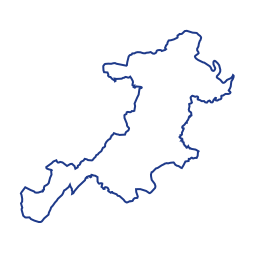 the district of Pho Yen, Thái Nguyên, Vietnam, rotated 276°
{"feature_id": "81297802B3855346019179", "entity_name": "Pho Yen", "entity_type": "district", "adm_level": 2, "iso_a3": "VNM", "parent_name": "Vietnam", "parent_adm1": "Thái Nguyên", "projection": "mercator", "projection_center": [105.815, 21.451], "detail": "fine", "context": "isolated", "style": "outline", "palette": "blue", "viewbox_px": 256, "rotation_deg": 276, "n_neighbors": 0, "source": "geoboundaries", "source_scale": "gbopen_adm2", "svg_char_len": 5863}
<svg xmlns="http://www.w3.org/2000/svg" viewBox="0 0 256 256"><g transform="rotate(276 128 128)"><path d="M66.6,157.8L71.2,161.2L72.5,161.4L73.5,161.2L75.4,160.3L78.9,157.0L82.3,156.0L84.1,155.7L86.5,156.1L86.9,157.0L90.7,160.0L91.4,161.7L94.4,165.4L95.6,167.4L96.3,168.1L97.1,170.2L97.0,171.5L97.9,174.0L98.5,177.0L98.2,177.4L96.4,178.9L95.6,180.6L95.5,181.9L95.0,183.2L94.1,184.6L93.8,185.7L96.5,187.0L100.7,188.6L101.5,191.7L103.6,191.7L103.6,192.7L105.1,194.2L105.1,194.8L104.5,195.9L105.3,197.9L105.4,199.4L107.6,200.2L111.1,200.1L112.2,200.6L113.6,197.5L113.9,192.9L114.4,192.3L114.1,191.5L114.9,190.9L115.3,190.2L116.2,189.8L114.9,188.9L114.5,188.5L114.6,188.2L116.0,187.2L116.5,186.1L117.5,185.7L118.1,185.0L119.5,184.9L120.1,183.5L121.1,183.5L121.3,182.9L121.2,182.4L122.6,183.2L123.2,182.5L123.1,182.0L123.4,181.3L124.4,180.2L125.1,180.8L126.3,180.9L126.2,181.5L127.1,182.3L129.0,182.1L131.1,182.9L132.2,183.1L132.9,183.5L133.5,183.4L133.7,182.2L134.4,181.8L135.3,182.0L137.3,183.9L139.1,184.9L139.4,186.0L140.5,185.7L142.3,186.8L144.1,187.4L144.9,187.4L145.4,188.1L145.9,187.8L146.2,188.1L146.0,188.6L146.9,188.9L146.9,189.6L147.1,189.8L149.8,189.2L150.5,188.5L150.9,187.3L152.6,186.5L155.9,186.9L158.2,186.3L159.3,188.4L160.0,188.9L164.5,187.1L165.2,187.2L166.5,188.2L166.8,188.8L166.1,191.5L166.6,193.2L166.5,193.9L166.1,194.4L165.3,194.6L164.3,194.2L163.7,194.4L163.5,194.9L163.4,196.3L162.4,198.5L162.7,200.9L161.6,202.1L161.5,203.8L163.1,204.9L163.8,206.2L163.6,206.6L162.3,207.6L162.2,208.9L162.8,209.6L164.9,210.2L167.1,211.7L167.0,212.3L166.3,212.2L165.1,211.7L164.6,212.8L164.7,214.2L165.7,215.3L166.1,216.6L166.6,217.4L167.6,217.8L169.5,217.4L169.9,217.7L170.2,219.1L172.1,221.4L172.3,224.0L172.8,225.3L173.3,225.9L174.0,226.2L174.8,225.8L175.5,224.5L175.9,224.2L177.9,225.2L179.9,225.8L185.1,225.9L187.8,227.2L189.8,227.7L191.0,227.6L191.4,227.2L191.6,226.9L190.2,226.5L188.3,225.1L186.2,221.5L183.9,219.8L183.2,219.0L182.9,218.2L183.0,217.4L185.5,214.8L187.3,211.4L187.8,211.0L188.8,211.0L191.4,212.9L192.8,213.5L193.9,213.8L195.6,213.7L199.9,212.1L201.8,210.4L203.4,208.3L203.8,207.5L203.8,206.8L203.1,206.2L201.9,206.1L200.1,206.4L196.6,208.5L195.5,208.4L194.3,207.8L193.8,207.3L193.7,206.7L194.0,205.8L194.7,205.1L196.6,204.1L197.9,203.0L201.0,197.0L201.1,195.8L203.0,190.6L204.2,188.5L205.2,187.5L206.1,187.1L206.9,187.4L209.0,189.8L209.8,190.4L210.9,190.0L212.4,188.7L214.0,188.5L216.4,189.5L219.5,189.7L222.1,190.3L223.1,190.9L225.3,191.3L226.0,191.1L227.2,190.0L228.2,188.2L229.4,186.9L229.7,186.1L229.6,182.3L230.8,176.3L230.3,174.3L227.4,171.9L226.9,170.7L226.9,169.4L225.8,168.6L225.3,167.7L224.8,167.5L223.7,167.9L223.0,167.7L220.9,164.3L219.8,161.6L219.3,159.3L217.2,158.4L215.5,158.3L214.0,157.1L212.9,157.0L212.0,156.5L211.2,156.6L210.4,157.6L209.6,156.9L208.1,153.5L208.9,152.5L208.8,150.8L208.3,149.1L207.7,148.5L206.3,148.2L205.5,147.7L204.6,146.2L204.7,144.8L205.9,142.6L205.2,140.7L204.7,138.2L204.2,137.6L204.0,136.1L204.0,135.0L204.6,132.4L204.4,129.4L203.8,127.8L202.9,126.6L202.6,124.5L201.4,123.9L200.6,122.1L199.2,121.2L193.5,120.4L190.3,120.3L189.8,119.8L190.7,109.8L191.2,108.3L190.9,106.7L190.1,104.6L189.9,101.6L189.4,98.9L189.0,98.1L187.2,97.0L186.3,97.0L182.7,97.6L181.0,98.4L181.1,101.8L179.2,102.8L178.8,102.9L178.1,102.7L177.5,103.1L176.9,104.0L176.9,105.2L175.0,107.3L173.9,109.7L173.1,110.1L173.6,110.7L175.7,109.7L175.6,111.5L176.4,116.6L177.3,117.8L177.7,119.2L178.5,120.0L178.5,120.9L178.1,122.9L178.4,123.9L179.3,124.8L177.8,126.1L175.1,127.9L173.8,128.2L172.0,127.9L171.0,128.0L170.7,128.6L170.9,129.8L169.3,129.3L168.8,130.6L170.2,131.9L170.2,136.2L170.0,137.2L169.7,137.4L169.2,137.2L168.9,136.4L168.1,135.3L162.3,135.1L159.4,134.0L153.0,132.0L150.5,132.8L145.8,132.5L145.3,131.4L145.2,130.0L144.3,129.3L143.9,128.5L144.0,126.2L143.5,125.1L141.7,124.9L140.7,123.3L140.2,123.1L137.6,123.5L132.2,126.4L130.3,126.8L129.4,127.4L128.3,128.8L127.5,129.1L126.1,128.8L125.4,128.4L123.9,126.6L122.8,126.1L121.1,125.7L120.2,120.2L120.5,119.1L120.6,117.3L121.4,114.5L119.9,113.8L118.7,112.4L117.8,112.4L117.0,111.8L115.5,111.5L114.2,109.7L112.0,108.0L109.6,107.0L107.4,107.1L106.4,106.4L105.7,105.1L102.2,103.9L99.9,101.5L98.6,100.8L97.7,99.3L95.7,98.6L94.7,97.6L92.4,96.1L92.0,95.5L91.9,91.6L92.5,90.4L92.8,88.2L90.9,87.1L89.6,85.0L88.2,84.2L88.0,84.4L86.6,83.9L85.2,82.1L83.6,82.1L82.0,79.9L84.5,78.8L86.5,76.0L86.2,74.5L83.9,71.3L86.9,66.5L87.2,64.0L86.5,63.0L86.3,62.0L87.1,60.9L88.4,60.1L86.9,57.3L85.0,55.8L80.6,50.8L79.7,51.0L79.2,51.5L78.6,53.6L78.3,56.2L78.0,56.6L77.1,56.1L73.6,56.8L70.3,55.7L64.9,54.9L63.3,53.7L61.4,51.0L59.6,50.6L58.0,50.9L57.2,49.8L56.7,50.1L56.1,50.0L55.8,49.6L55.9,49.0L55.5,47.9L54.4,45.5L54.1,43.7L54.2,42.3L55.1,41.2L56.1,37.7L58.3,32.0L52.9,28.8L51.7,28.3L50.3,29.1L46.5,30.2L43.7,30.4L41.8,29.5L37.6,31.2L36.4,30.7L35.2,30.9L29.8,33.0L28.4,35.0L28.3,35.9L28.8,39.4L27.3,41.0L26.1,44.6L25.2,49.0L25.4,50.8L25.8,51.7L26.5,52.3L29.4,54.1L33.5,58.0L35.7,58.2L38.9,59.4L40.9,59.8L42.9,61.3L46.3,63.2L48.3,64.7L50.3,65.7L54.5,69.4L56.0,70.1L59.2,71.0L60.2,72.4L63.1,75.2L65.5,76.2L64.0,76.8L61.5,78.6L60.3,78.6L58.9,79.4L56.7,79.3L57.4,80.4L59.7,81.4L64.9,84.9L71.6,90.7L73.6,91.1L73.9,91.4L74.2,92.4L74.6,92.0L75.0,92.1L76.2,94.5L76.2,94.8L75.5,95.2L75.1,95.9L75.7,96.6L76.9,96.3L77.6,96.5L77.5,97.7L77.2,98.6L77.1,100.4L76.0,102.8L71.7,103.3L70.4,104.1L69.6,105.1L70.3,106.9L70.1,108.2L69.6,108.3L66.7,107.8L66.0,109.0L64.8,110.0L65.0,111.0L65.9,110.9L66.5,111.2L66.8,111.6L66.7,113.2L66.1,114.3L64.5,115.3L63.5,114.8L63.0,115.3L61.8,117.7L62.6,118.4L62.7,119.0L61.9,119.6L60.9,123.6L59.6,124.8L59.4,126.7L56.2,131.2L54.7,132.5L53.8,134.3L54.0,135.2L55.5,137.7L55.3,138.1L55.9,140.0L56.3,140.4L57.5,140.7L58.9,141.9L59.5,144.6L60.9,144.9L65.2,142.9L68.0,142.4L68.5,146.6L67.3,152.6L65.5,156.0L65.5,156.5L66.6,157.8Z" fill="none" stroke="#1e3a8a" stroke-width="2"/></g></svg>